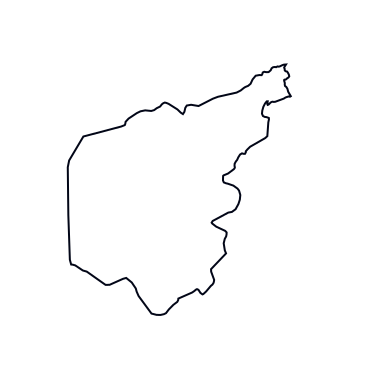 the border of Kerman, rotated 244°
{"feature_id": "IRN-3248", "entity_name": "Kerman", "entity_type": "Province", "adm_level": 1, "iso_a3": "IRN", "parent_name": "Iran", "parent_adm1": "", "projection": "natural_earth1", "projection_center": [57.389, 29.03], "detail": "fine", "context": "isolated", "style": "outline", "palette": "ink", "viewbox_px": 384, "rotation_deg": 244, "n_neighbors": 0, "source": "natural_earth", "source_scale": "10m", "svg_char_len": 2451}
<svg xmlns="http://www.w3.org/2000/svg" viewBox="0 0 384 384"><g transform="rotate(244 192 192)"><path d="M121.9,195.7L114.3,175.3L112.0,174.3L103.3,173.4L101.6,172.2L100.7,171.3L99.8,169.7L99.4,167.9L96.4,161.1L95.3,157.4L95.4,156.5L97.0,155.7L97.4,155.4L101.3,154.9L102.5,153.9L102.5,152.6L102.0,150.8L101.6,148.1L102.2,133.0L100.9,132.2L99.7,130.6L98.8,125.9L96.6,119.7L94.5,115.5L94.5,113.2L95.3,109.8L97.1,106.3L100.5,102.3L121.9,98.4L126.8,98.6L129.9,99.2L137.1,98.2L143.6,95.2L144.2,92.0L144.7,77.3L146.4,73.6L166.6,62.5L169.3,59.5L177.2,54.9L179.0,52.9L179.8,51.6L184.6,52.5L225.4,70.7L268.7,91.2L274.2,95.4L289.5,118.7L281.9,157.0L281.6,160.9L282.5,161.9L284.2,163.1L285.8,167.2L287.1,177.0L287.1,181.1L285.9,185.7L282.7,190.9L282.2,193.9L282.8,197.0L282.8,200.8L284.0,203.3L284.4,205.1L284.3,206.8L283.2,208.1L281.5,209.6L272.6,215.1L268.2,216.7L266.0,218.0L267.4,220.3L270.6,222.9L272.0,225.2L270.8,229.4L266.4,235.6L266.7,251.7L266.2,257.1L261.8,275.7L261.9,280.3L262.8,284.2L263.0,286.0L262.8,289.0L263.6,292.1L266.6,295.8L268.6,300.2L267.6,303.8L266.5,305.8L267.1,306.8L268.4,308.0L268.4,309.6L267.2,311.2L266.2,313.4L266.9,316.1L268.3,317.8L268.6,319.6L268.0,321.4L267.3,322.3L267.4,323.8L266.8,324.6L266.4,325.8L266.4,328.7L266.2,330.4L265.4,332.4L263.8,329.8L263.3,329.3L262.2,329.3L260.7,328.7L259.6,329.0L258.5,330.3L256.8,330.5L254.9,330.5L253.3,330.1L252.6,328.8L252.5,327.4L252.1,326.3L252.0,325.4L252.4,324.6L252.4,324.1L251.7,323.6L249.3,323.2L247.8,322.4L246.5,322.1L245.1,322.8L243.0,323.0L239.9,322.4L234.8,322.8L234.7,321.8L235.5,320.8L235.9,318.2L235.9,316.8L235.7,315.5L236.6,306.4L237.1,305.0L237.8,304.1L238.0,303.3L238.0,302.1L237.0,299.1L237.1,298.2L237.9,298.2L240.3,299.8L240.7,298.9L239.5,296.4L237.3,293.5L234.4,290.9L231.7,289.2L229.2,289.1L227.6,290.3L226.7,291.7L224.9,293.5L223.7,293.1L221.1,291.1L209.2,284.2L208.4,281.6L207.2,264.1L206.0,260.5L205.0,258.2L204.0,257.7L203.1,256.3L203.8,254.9L204.8,253.9L204.6,251.6L202.8,248.7L201.1,246.7L200.2,244.8L198.7,242.7L196.7,241.6L195.5,241.4L194.7,240.7L194.2,239.7L192.8,232.5L193.1,227.7L192.8,227.0L188.8,224.9L186.7,224.8L185.0,226.3L183.8,227.8L179.6,232.0L175.1,234.4L172.6,234.9L168.1,234.1L164.1,231.6L160.8,228.4L157.4,223.6L156.6,219.1L157.6,215.6L156.9,197.9L155.8,196.2L154.7,196.4L150.2,198.6L142.5,204.8L140.5,205.4L138.8,204.5L137.1,203.2L135.5,200.9L132.0,198.0L125.1,195.9L121.9,195.7Z" fill="none" stroke="#020617" stroke-width="2"/></g></svg>